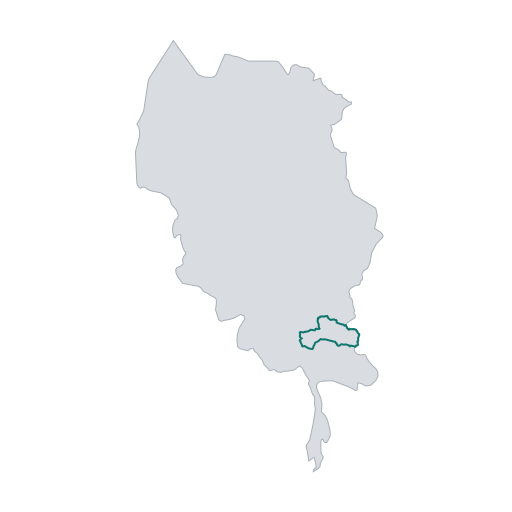 where Takhar sits in Afghanistan, rotated 104°
{"feature_id": "AFG-1765", "entity_name": "Takhar", "entity_type": "Province", "adm_level": 1, "iso_a3": "AFG", "parent_name": "Afghanistan", "parent_adm1": "", "projection": "robinson", "projection_center": [69.729, 36.705], "detail": "fine", "context": "in_parent", "style": "outline", "palette": "teal", "viewbox_px": 512, "rotation_deg": 104, "n_neighbors": 0, "source": "natural_earth", "source_scale": "10m", "svg_char_len": 7139}
<svg xmlns="http://www.w3.org/2000/svg" viewBox="0 0 512 512"><g transform="rotate(104 256 256)"><path d="M225.2,144.6L234.8,143.7L241.2,144.9L244.6,148.1L247.9,149.0L251.2,147.4L253.3,147.1L254.0,148.1L255.7,148.5L258.2,148.4L259.6,149.3L259.9,151.2L261.7,153.7L265.0,156.7L268.0,157.4L271.9,155.1L273.2,155.4L273.8,154.6L274.2,152.9L276.6,151.3L280.9,149.8L283.3,148.5L284.2,147.4L285.7,147.1L287.2,147.4L288.4,147.0L289.2,145.5L290.7,144.9L292.0,145.2L297.9,150.6L300.2,152.3L301.2,152.0L304.2,149.0L304.6,146.3L303.8,142.8L304.4,140.0L306.3,137.8L309.9,136.5L315.1,136.0L318.4,136.3L319.5,137.4L321.1,138.0L323.2,138.1L325.0,136.9L326.7,134.2L326.8,130.9L325.3,127.0L325.7,125.7L328.3,123.8L331.1,120.8L333.8,117.0L336.4,112.4L339.6,109.6L343.4,108.5L348.0,109.7L353.5,113.3L355.6,117.8L354.3,123.0L354.2,125.9L355.3,126.5L361.5,125.5L362.3,126.2L362.3,127.7L361.4,129.9L360.3,136.2L358.5,151.6L361.2,160.8L363.0,164.5L364.8,165.6L366.7,166.0L368.5,165.7L372.3,163.4L377.9,159.0L383.4,156.3L391.4,154.8L394.1,150.2L397.7,147.1L406.2,142.5L410.8,140.8L413.4,140.5L419.8,142.2L420.2,143.6L419.8,145.1L418.0,146.3L417.4,147.3L418.1,148.0L420.7,148.2L431.9,145.1L434.3,142.3L436.7,142.2L441.4,143.4L445.1,143.0L447.0,144.2L451.4,148.2L450.0,148.5L448.0,147.7L446.9,146.3L442.5,148.1L437.5,150.7L437.6,151.3L442.1,155.1L432.9,159.1L428.7,161.4L427.7,161.5L421.4,159.4L403.9,160.0L390.6,161.3L385.4,163.4L380.6,164.4L378.1,165.5L376.4,167.7L369.1,172.5L367.8,174.2L363.7,174.1L359.5,178.7L353.3,184.3L352.0,186.9L353.0,188.2L356.3,190.3L357.8,192.2L360.1,197.5L361.1,201.3L362.6,203.0L363.4,207.5L361.9,210.1L361.9,211.4L364.0,214.8L363.5,215.9L362.0,217.5L359.5,221.8L355.2,225.1L353.3,227.9L350.3,231.1L349.0,233.8L347.7,235.3L346.3,236.1L346.7,237.5L347.9,239.3L349.9,241.3L349.8,249.4L348.7,251.7L343.2,253.9L337.9,254.9L331.4,255.0L328.9,254.6L319.9,251.7L317.0,253.1L316.5,256.7L321.6,262.5L323.7,265.7L326.1,271.1L327.8,273.9L327.2,276.5L317.9,282.3L312.0,282.9L308.3,283.8L306.5,285.3L305.1,291.4L303.8,293.6L303.8,296.3L302.6,299.3L300.6,301.2L299.3,304.4L300.3,320.6L294.9,327.1L291.9,329.4L289.0,330.5L286.7,330.1L283.7,326.4L281.6,325.0L279.5,325.2L277.4,326.5L274.0,326.1L271.1,324.8L269.6,325.0L268.8,326.3L265.6,329.0L258.0,333.3L254.9,333.6L253.5,334.6L254.1,336.4L255.4,337.8L257.8,338.8L257.9,339.9L254.0,342.1L250.0,343.5L245.5,344.0L240.8,343.2L238.4,341.3L235.5,341.2L232.9,342.5L230.2,344.8L226.4,350.5L220.9,354.0L219.5,357.6L217.7,363.9L218.2,373.3L217.5,377.4L216.2,380.1L216.4,382.3L218.3,384.7L217.5,386.3L216.0,388.1L214.5,389.1L184.4,398.1L179.6,398.3L177.0,397.9L168.6,397.9L165.0,398.6L161.5,399.8L158.9,401.3L156.8,403.5L153.3,402.3L142.1,400.1L111.9,403.0L109.0,402.5L67.0,388.3L93.7,356.6L94.5,354.0L94.8,348.8L93.3,341.8L90.8,338.7L67.8,335.0L67.1,329.6L67.5,327.2L67.2,322.5L67.4,319.0L68.5,313.1L68.7,310.4L62.1,284.0L62.1,281.4L66.6,275.4L72.2,269.5L71.9,268.4L69.2,267.7L65.1,267.7L62.9,266.8L61.2,265.1L60.6,262.7L61.8,258.5L61.0,250.3L65.4,243.3L72.1,242.9L68.8,237.9L68.1,237.3L67.9,236.5L68.3,235.6L70.0,235.3L74.1,232.0L74.4,230.2L77.8,225.5L77.6,223.3L79.9,217.7L78.9,213.9L78.7,211.9L81.2,210.6L82.9,205.4L83.8,204.1L84.0,202.8L83.5,200.6L85.7,200.3L87.7,203.0L90.9,205.9L93.0,206.7L95.7,207.1L101.6,206.2L102.9,206.3L108.9,211.3L110.0,212.6L110.4,214.6L111.4,215.2L113.6,213.2L115.7,212.6L119.7,213.2L121.8,212.5L131.9,206.3L132.8,202.3L133.8,200.0L135.2,198.7L133.6,194.2L134.2,193.3L135.6,192.9L138.9,192.9L154.2,187.9L158.1,187.9L159.0,187.4L159.3,186.1L160.4,184.6L167.7,180.9L171.9,177.2L173.4,174.4L180.6,151.5L184.3,149.5L188.0,148.0L200.5,147.6L202.9,140.6L204.1,138.9L206.3,137.3L215.5,142.3L225.2,144.6Z" fill="#d9dde1" stroke="#a8b0b8" stroke-width="1"/><path d="M317.1,135.7L317.8,135.7L318.2,136.1L318.5,136.6L318.7,137.1L319.3,137.3L319.7,137.3L319.8,137.5L320.1,137.9L319.9,138.5L320.0,141.9L320.1,142.5L320.2,142.9L320.3,142.9L320.6,142.9L320.8,143.0L321.0,143.1L321.0,143.3L320.9,143.4L320.6,143.9L320.4,144.1L320.2,145.0L320.1,146.8L320.1,147.7L320.8,149.2L320.9,149.7L320.9,150.0L320.8,150.7L320.8,151.4L321.0,151.8L321.2,152.1L322.2,152.8L322.7,153.3L323.3,154.4L322.7,155.4L322.6,155.9L322.4,156.0L322.2,156.2L321.5,156.4L321.1,157.1L321.1,157.3L321.0,157.6L320.8,157.8L320.6,157.9L320.3,158.2L320.1,158.3L320.2,158.6L320.2,165.7L320.1,167.1L320.1,168.3L320.2,169.0L320.4,169.5L320.6,170.3L320.9,171.2L321.0,171.5L321.0,171.8L320.9,173.0L321.0,173.3L322.2,174.0L323.7,175.1L325.6,177.3L326.0,177.6L326.3,177.8L326.9,177.7L327.1,177.7L328.0,177.8L329.7,178.4L329.9,178.4L330.9,178.3L331.9,178.4L332.2,178.5L332.4,178.6L332.5,178.7L332.7,179.1L332.9,182.5L332.8,183.4L332.5,183.9L332.4,184.0L332.3,184.8L332.0,185.7L332.0,186.0L332.0,186.3L331.7,186.7L331.6,187.0L331.6,187.3L331.7,187.5L331.8,187.8L332.4,188.6L332.5,189.0L332.3,189.4L331.0,190.1L330.8,190.2L330.3,190.8L330.0,191.1L328.8,191.9L328.2,192.1L328.0,192.3L327.9,192.6L327.8,192.8L327.7,192.9L327.4,193.1L325.7,192.4L324.9,191.8L324.8,192.1L324.8,192.4L324.6,192.8L324.4,193.1L324.0,193.5L323.7,193.8L323.1,194.1L321.2,194.3L320.1,194.8L319.6,195.0L319.4,194.8L319.4,194.7L318.9,194.4L318.8,191.9L318.7,191.7L318.5,191.3L318.1,190.8L317.9,190.6L317.9,190.4L317.9,190.1L317.8,189.9L317.7,189.7L317.3,189.3L317.1,188.7L317.0,188.3L317.0,188.2L316.9,188.1L316.4,187.2L315.9,186.5L314.3,185.0L314.0,181.3L313.7,180.7L313.3,180.6L312.6,180.7L312.4,180.6L312.2,180.4L312.1,180.2L312.0,179.9L311.9,179.4L311.9,178.8L311.9,178.5L311.8,178.1L311.4,176.9L311.1,176.8L310.5,177.4L309.6,177.9L308.0,178.5L307.5,178.5L307.1,178.7L306.7,178.9L305.0,180.2L303.8,180.6L302.9,180.5L302.7,180.6L302.4,180.8L302.2,180.8L302.2,180.7L301.9,180.5L301.7,180.5L301.4,180.6L301.2,180.8L300.9,180.7L300.6,180.2L300.5,179.9L300.3,179.5L300.2,179.3L300.1,179.2L299.7,179.2L299.3,179.1L299.0,178.6L299.0,178.1L298.9,177.8L298.8,177.5L298.5,177.0L298.4,176.7L298.4,176.2L298.5,175.9L298.4,175.6L298.4,175.4L298.1,175.1L297.8,174.5L297.5,173.3L297.2,172.9L297.0,172.6L297.0,172.4L297.4,171.9L297.7,171.8L297.9,171.7L298.0,171.6L298.0,171.4L298.9,170.7L299.0,170.6L299.1,170.4L299.2,170.2L299.4,169.5L299.9,168.4L300.0,168.1L299.9,167.8L299.6,167.1L299.4,166.9L299.3,166.7L299.2,166.7L299.0,166.2L299.0,165.7L298.9,165.4L298.7,165.0L298.6,164.9L298.6,164.7L298.8,164.4L298.9,164.2L298.9,163.5L298.8,162.9L298.8,162.6L299.2,162.1L300.5,162.0L300.6,161.9L300.9,161.6L301.3,160.7L301.6,156.1L301.6,155.8L301.5,155.4L301.4,155.1L301.4,154.8L301.6,154.0L301.7,153.9L302.2,153.3L302.2,153.1L302.1,152.9L301.4,152.1L301.5,152.0L301.8,151.8L302.1,151.6L302.5,151.1L303.6,150.4L304.0,150.0L305.0,148.5L305.0,148.1L304.6,148.0L304.1,147.8L304.3,147.1L304.1,146.8L303.9,145.7L303.7,145.2L303.5,144.7L303.4,144.4L303.4,144.1L303.5,144.0L303.6,143.9L303.6,143.7L303.3,143.5L303.2,143.4L303.2,142.2L303.3,141.6L303.4,141.0L303.6,140.9L303.9,140.6L304.2,140.4L304.3,140.3L304.4,139.9L304.5,139.7L305.7,138.9L306.3,138.3L306.8,137.0L307.3,136.7L311.0,137.1L311.6,136.9L312.7,136.5L313.4,136.4L313.6,136.4L314.2,136.6L314.4,136.7L314.6,136.9L314.9,136.7L315.2,136.5L315.5,136.4L316.0,136.2L317.1,135.7Z" fill="none" stroke="#0f766e" stroke-width="2"/></g></svg>